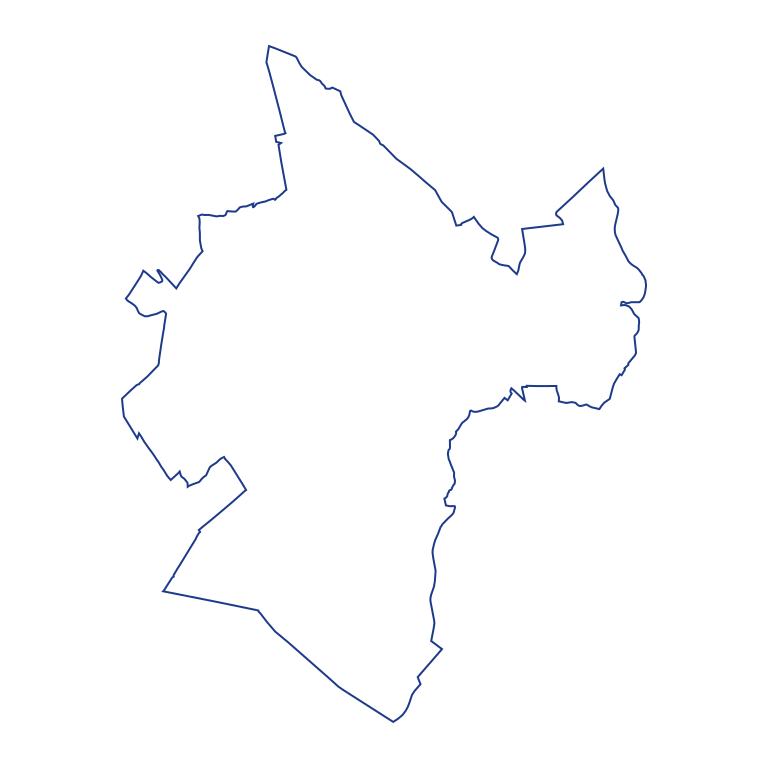 outline of Radaseni, Suceava, Romania
{"feature_id": "2599482B73099737590201", "entity_name": "Radaseni", "entity_type": "district", "adm_level": 2, "iso_a3": "ROU", "parent_name": "Romania", "parent_adm1": "Suceava", "projection": "albers", "projection_center": [26.255, 47.485], "detail": "fine", "context": "isolated", "style": "outline", "palette": "blue", "viewbox_px": 768, "rotation_deg": 0, "n_neighbors": 0, "source": "geoboundaries", "source_scale": "gbopen_adm2", "svg_char_len": 6103}
<svg xmlns="http://www.w3.org/2000/svg" viewBox="0 0 768 768"><path d="M442.0,649.1L431.2,641.0L433.6,628.8L434.4,623.5L434.2,620.8L430.5,601.5L430.4,598.3L431.1,594.9L434.0,586.5L434.9,580.8L435.6,570.7L433.3,558.3L432.6,553.4L432.6,550.3L434.1,543.7L435.2,540.1L438.2,533.4L440.5,527.2L441.4,526.0L442.5,524.1L447.9,518.6L451.3,515.5L452.8,513.9L453.6,512.7L455.1,507.2L454.6,506.1L449.7,506.2L445.9,505.4L444.4,498.6L446.2,497.4L447.2,496.2L447.5,494.5L448.1,492.9L448.8,492.2L449.0,491.0L449.3,490.6L449.7,490.3L451.2,489.7L451.5,489.4L452.2,487.4L453.2,485.5L454.6,483.7L455.0,481.1L454.9,480.2L454.0,476.5L454.1,472.6L454.0,472.1L453.2,470.4L452.0,467.3L451.0,465.0L449.6,461.0L448.8,459.5L447.9,454.1L448.3,451.0L448.7,449.9L449.7,448.9L450.0,447.7L449.9,440.1L451.6,439.4L453.4,438.0L454.8,436.2L455.8,434.5L456.2,433.0L456.0,432.4L456.0,431.6L458.3,429.2L461.6,423.7L462.3,422.8L467.0,419.0L468.2,417.4L469.3,415.0L470.0,411.2L470.5,410.7L471.1,410.6L471.8,411.0L473.3,411.6L474.7,411.8L475.6,411.9L478.6,411.4L487.9,408.6L492.3,408.3L493.8,407.9L496.5,406.7L497.9,405.9L498.4,405.4L504.5,397.9L507.7,400.3L511.7,393.5L510.7,392.3L510.4,391.1L510.7,389.7L511.4,388.3L514.1,390.6L521.8,397.9L522.9,399.1L524.9,400.6L522.0,388.0L522.0,387.6L522.3,386.9L526.8,387.0L526.7,385.8L537.4,386.1L556.4,386.0L556.4,387.9L556.7,390.2L558.3,395.0L559.0,397.6L558.8,401.4L560.6,401.7L565.8,402.9L567.5,402.8L571.6,402.1L575.1,402.7L576.1,403.3L577.4,404.7L578.3,405.4L579.5,405.9L581.0,406.0L584.4,405.1L585.5,404.6L586.7,404.6L589.4,406.2L591.7,407.3L599.4,409.1L601.4,406.0L604.1,402.8L609.8,398.8L612.7,387.6L614.0,383.7L616.7,379.0L619.7,374.2L621.6,375.2L624.9,369.6L624.9,368.9L624.5,368.3L628.3,364.9L628.3,363.4L628.8,362.7L634.9,355.4L635.9,353.4L636.0,352.0L634.4,336.7L634.7,335.6L636.6,333.8L637.7,332.2L638.4,330.7L638.7,329.6L638.8,325.2L639.1,323.1L639.1,321.8L638.9,319.7L638.6,318.1L638.4,317.8L635.3,315.1L634.1,313.9L631.9,309.7L630.2,307.6L628.9,306.4L625.8,305.2L624.4,305.0L621.0,305.4L621.6,302.2L622.6,301.9L623.4,301.8L625.7,302.9L626.8,303.2L628.9,302.9L631.1,302.2L639.5,302.2L641.5,300.3L643.4,297.5L644.5,294.8L645.2,292.0L646.0,286.3L646.0,284.5L645.6,282.1L645.6,280.6L643.5,275.9L643.0,275.3L642.4,274.8L642.0,274.2L641.6,273.2L638.6,269.4L636.9,267.8L632.8,265.3L630.4,263.4L628.5,261.4L625.4,255.4L622.6,250.6L621.6,248.1L615.7,235.4L614.9,232.4L614.7,228.2L615.2,224.7L617.7,214.1L618.1,211.7L618.3,209.4L618.0,207.8L615.6,205.3L614.8,204.0L614.0,201.8L613.0,200.0L609.9,196.2L607.3,191.3L606.7,189.4L605.0,183.0L604.4,178.9L603.2,168.6L589.0,181.7L572.3,197.5L556.5,212.0L556.0,213.9L556.4,215.3L559.7,217.8L562.0,220.3L562.9,223.2L563.1,224.2L522.1,229.0L525.0,246.8L525.3,250.9L524.8,253.9L522.8,258.0L520.2,262.3L519.5,264.5L518.3,270.6L516.8,274.2L512.9,270.5L508.6,266.0L502.8,265.1L499.4,264.3L497.3,262.8L493.3,260.5L492.3,259.5L491.9,258.7L491.6,257.5L492.2,255.6L494.0,251.2L497.9,240.9L498.2,239.6L498.0,238.3L497.4,237.6L491.5,234.4L488.2,232.3L486.0,230.9L482.3,228.0L478.5,223.6L473.8,216.9L472.5,218.2L470.1,219.6L462.3,223.0L461.4,223.7L461.2,224.9L456.3,225.6L452.0,212.3L450.8,210.9L441.8,202.0L440.2,199.3L435.2,190.2L425.8,182.3L418.2,175.6L410.5,169.1L396.4,158.8L383.3,145.4L381.3,144.5L380.1,143.6L379.1,141.0L373.1,134.7L358.4,124.8L354.0,122.0L349.9,114.0L341.3,95.3L340.3,91.3L332.6,87.7L331.5,87.8L330.7,88.6L328.5,88.8L325.6,88.5L324.6,86.1L321.8,83.4L320.3,81.1L319.1,80.3L316.7,79.7L310.0,75.0L301.6,66.8L299.2,62.8L296.8,58.0L295.8,56.6L274.4,48.0L269.0,46.1L266.8,59.5L266.4,62.6L266.9,63.7L269.6,73.0L273.6,88.0L279.9,112.2L283.7,127.4L284.9,131.9L285.5,133.2L284.1,133.9L275.2,135.9L276.2,141.8L281.0,143.0L278.5,144.8L281.2,161.6L286.4,189.8L284.9,190.9L282.2,193.6L281.0,194.5L279.2,196.2L276.5,198.0L276.0,198.6L275.8,199.2L275.5,199.5L275.0,199.8L274.6,199.4L273.6,198.8L272.5,198.9L268.5,200.2L265.7,201.4L261.8,202.2L257.6,203.4L256.4,203.9L255.6,205.1L254.5,206.4L253.5,207.1L253.2,207.2L252.9,206.9L252.8,206.1L253.3,203.6L246.3,206.4L242.5,206.6L240.5,207.2L239.7,207.5L238.0,209.5L236.2,211.2L235.3,211.6L231.8,211.5L227.6,211.1L227.0,211.5L226.4,212.9L226.0,214.1L225.3,215.2L223.0,216.1L220.4,215.8L216.5,216.4L208.8,214.9L204.5,215.0L202.4,214.6L201.5,214.7L198.2,216.0L199.4,218.6L199.5,219.3L199.7,222.1L199.4,227.9L199.8,232.1L199.9,234.0L199.9,240.5L201.3,248.3L202.6,251.2L197.2,257.1L192.9,263.8L190.0,268.6L179.2,283.7L176.3,288.4L165.9,277.2L162.5,274.0L161.0,272.2L158.8,270.1L157.9,270.0L157.4,270.4L157.5,270.8L159.8,274.6L162.1,279.2L162.3,280.2L162.1,281.3L160.3,282.3L158.6,282.8L157.8,282.4L151.0,277.1L146.4,273.0L143.3,270.7L141.3,275.3L139.4,278.5L128.8,294.9L125.9,298.5L127.1,300.2L129.1,301.7L131.6,303.2L135.1,305.9L136.8,308.1L137.7,310.5L138.6,312.2L139.1,313.1L139.8,313.7L144.6,316.2L145.6,316.3L147.9,316.2L149.4,315.7L156.8,313.8L161.6,311.5L163.1,311.1L163.6,311.0L164.7,312.0L165.8,313.1L166.1,313.8L164.1,326.4L164.1,327.6L163.2,332.6L161.3,344.3L158.9,360.8L159.0,362.1L158.3,365.2L147.4,376.5L139.8,383.1L139.2,384.1L137.7,384.6L136.5,385.2L130.6,390.5L122.0,398.7L122.7,406.3L123.9,416.5L137.4,438.5L139.0,433.3L140.9,436.1L144.4,442.0L148.7,448.1L151.7,452.1L154.5,456.1L156.1,458.7L158.6,462.2L161.2,466.7L163.2,469.4L167.3,476.0L170.7,480.0L178.0,473.4L179.7,471.5L180.8,475.4L181.6,476.8L184.3,478.7L187.3,482.5L187.6,483.8L187.7,486.8L189.0,485.9L192.1,484.5L198.9,482.1L199.9,481.2L201.3,479.4L202.7,477.9L204.2,476.6L205.8,475.6L206.2,475.1L209.6,467.7L210.9,466.2L216.5,462.6L219.7,459.5L221.9,458.0L224.1,457.0L225.0,458.8L228.0,462.0L231.0,465.6L242.1,483.4L246.1,490.0L244.9,490.9L232.9,501.6L214.1,517.5L198.8,530.0L200.1,531.9L198.5,533.7L196.9,536.4L195.6,539.2L179.3,565.8L177.6,568.4L173.6,575.2L173.7,576.4L173.7,576.7L172.2,577.5L163.8,590.7L163.2,591.3L214.7,601.5L258.4,610.5L258.6,611.5L258.8,611.9L259.9,612.8L267.0,622.0L275.2,631.6L287.9,642.1L329.8,678.9L338.5,686.7L343.7,690.3L393.2,721.9L398.0,718.8L402.7,714.8L405.8,710.6L408.0,706.5L409.7,701.9L412.0,694.9L414.7,690.8L420.5,684.2L417.7,677.1L442.0,649.1Z" fill="none" stroke="#1e3a8a" stroke-width="2"/></svg>